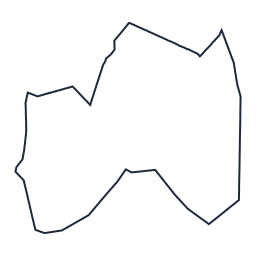 San Dionisio Ocotepec, Oaxaca, Mexico (Natural Earth projection)
{"feature_id": "50627088B78764005336655", "entity_name": "San Dionisio Ocotepec", "entity_type": "district", "adm_level": 2, "iso_a3": "MEX", "parent_name": "Mexico", "parent_adm1": "Oaxaca", "projection": "natural_earth1", "projection_center": [-96.307, 16.784], "detail": "fine", "context": "isolated", "style": "outline", "palette": "slate", "viewbox_px": 256, "rotation_deg": 0, "n_neighbors": 0, "source": "geoboundaries", "source_scale": "gbopen_adm2", "svg_char_len": 1667}
<svg xmlns="http://www.w3.org/2000/svg" viewBox="0 0 256 256"><path d="M238.9,200.1L239.1,190.3L239.1,185.9L239.2,180.4L239.4,172.4L239.5,166.4L239.8,145.8L239.9,138.8L240.2,124.9L240.4,108.3L240.6,96.5L237.2,84.3L233.8,62.9L221.6,30.2L220.7,32.1L219.2,35.5L217.5,37.3L214.4,40.7L213.6,41.5L212.1,43.1L211.0,44.5L208.0,47.8L205.7,50.1L204.2,51.7L203.3,52.8L203.2,53.0L199.9,56.4L199.5,55.9L197.6,53.8L192.0,51.1L190.3,50.3L190.1,50.0L187.7,49.1L187.2,49.2L185.5,48.2L184.7,47.8L179.9,45.9L179.6,45.8L176.2,44.0L173.7,42.8L171.7,41.9L171.3,41.7L170.3,41.3L168.6,40.7L168.3,40.6L167.8,40.3L165.7,39.2L164.3,38.6L164.2,38.6L162.9,38.0L160.1,36.7L157.3,35.5L153.9,33.9L149.4,31.9L148.1,31.3L147.6,31.0L144.2,29.6L142.4,28.9L141.7,28.5L141.7,28.4L139.6,27.5L138.0,26.8L137.1,26.4L135.5,25.6L133.2,24.6L131.6,23.9L130.0,23.2L129.1,22.9L128.4,23.6L118.9,35.3L114.3,40.6L114.6,49.5L111.2,54.1L109.8,55.3L106.2,58.5L106.0,59.1L104.8,62.3L103.3,64.4L96.6,84.9L90.2,104.9L85.7,100.2L83.5,97.9L80.5,94.8L76.5,90.5L72.6,86.5L50.2,92.8L50.3,92.7L49.9,92.7L49.3,92.9L49.1,92.9L48.6,93.1L48.1,93.3L37.5,96.4L27.8,92.6L27.6,93.3L25.5,103.2L25.7,106.6L25.8,110.0L25.8,112.5L26.1,121.2L26.2,128.1L26.2,131.8L25.4,139.4L24.8,144.3L24.2,149.9L22.5,159.3L19.7,162.9L17.6,165.6L16.4,167.2L16.3,167.8L15.4,171.6L23.8,180.4L24.3,182.9L26.7,192.7L27.8,197.6L28.8,202.0L30.3,208.4L32.5,217.9L35.5,229.9L44.6,233.1L62.0,230.4L75.1,222.9L88.6,215.2L105.5,195.2L112.3,187.4L117.5,181.5L125.8,169.4L131.6,172.4L147.6,170.7L155.2,169.9L175.1,195.0L187.9,208.9L208.9,224.1L217.2,217.5L218.6,216.4L219.9,215.3L223.3,212.6L230.8,206.5L238.9,200.1Z" fill="none" stroke="#1e293b" stroke-width="2"/></svg>